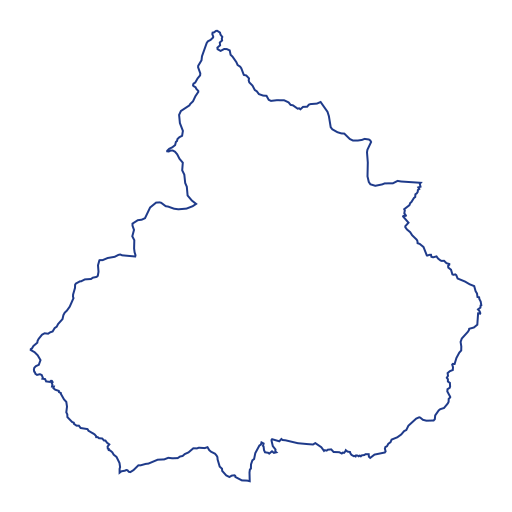 San Cayetano, Cundinamarca, Colombia
{"feature_id": "7082276B62446373339700", "entity_name": "San Cayetano", "entity_type": "district", "adm_level": 2, "iso_a3": "COL", "parent_name": "Colombia", "parent_adm1": "Cundinamarca", "projection": "albers", "projection_center": [-74.103, 5.334], "detail": "fine", "context": "isolated", "style": "outline", "palette": "blue", "viewbox_px": 512, "rotation_deg": 0, "n_neighbors": 0, "source": "geoboundaries", "source_scale": "gbopen_adm2", "svg_char_len": 5982}
<svg xmlns="http://www.w3.org/2000/svg" viewBox="0 0 512 512"><path d="M212.6,32.6L212.3,34.1L213.2,36.5L213.1,37.5L210.6,39.9L207.9,41.3L206.7,43.0L202.0,56.2L201.5,60.3L198.2,65.8L198.1,67.3L200.3,73.4L200.1,75.4L197.6,78.4L195.2,82.6L193.5,83.6L193.0,85.2L193.4,86.0L195.6,87.3L196.2,88.7L198.3,91.0L198.3,91.9L195.4,96.2L193.0,101.3L190.2,104.0L189.4,105.4L180.9,111.0L179.1,114.9L179.9,123.1L182.9,130.9L182.1,135.8L179.4,137.2L177.5,139.0L177.0,141.0L175.9,141.9L175.1,145.1L172.3,147.3L169.2,148.8L167.2,150.8L167.2,151.3L168.7,151.5L170.6,150.6L172.7,150.5L175.0,151.7L177.2,154.3L179.5,158.8L182.8,162.7L182.2,170.3L184.3,174.6L185.2,183.0L186.8,186.7L187.6,195.5L191.8,200.5L196.1,203.9L192.7,206.2L186.5,208.6L178.4,209.3L174.0,208.7L168.2,206.6L165.7,206.2L161.2,202.8L159.6,202.4L156.1,202.6L150.1,207.5L145.0,218.2L141.7,219.7L137.8,220.2L132.5,223.6L132.5,225.7L134.0,229.9L132.3,236.3L134.3,240.2L134.1,248.5L134.6,252.3L135.5,255.2L135.2,256.5L122.1,255.3L120.2,254.5L118.4,254.9L114.7,256.8L107.7,258.0L102.7,260.1L99.8,260.1L99.4,260.3L98.0,265.3L98.5,271.8L97.8,275.8L96.6,276.9L92.8,277.7L91.0,279.0L84.9,279.4L81.1,281.3L80.0,281.3L75.8,283.6L75.1,284.8L75.0,287.9L73.1,294.5L73.0,296.8L73.5,298.1L69.7,306.7L66.9,310.6L64.7,312.7L63.4,315.1L62.5,319.1L58.1,324.0L56.7,326.7L54.7,328.0L52.6,331.5L50.2,332.3L48.1,333.7L44.6,333.3L42.0,334.7L38.7,338.8L37.6,340.8L37.3,342.7L33.4,346.0L32.0,348.4L30.8,349.1L30.7,350.0L34.6,352.2L37.7,355.3L40.5,360.1L38.8,364.8L35.8,366.2L34.3,367.8L33.9,369.5L34.2,371.7L34.9,372.2L35.4,373.8L37.0,374.9L39.9,374.2L41.7,375.0L42.8,377.6L42.4,378.7L45.1,379.1L46.1,381.4L49.8,381.9L51.0,380.8L51.9,380.9L52.6,382.1L51.7,382.9L52.4,384.5L52.0,386.5L53.9,386.5L53.4,388.2L55.2,389.7L58.8,390.9L59.0,392.1L60.9,393.1L60.9,393.9L64.0,399.4L66.3,401.9L67.0,406.6L66.3,412.3L67.3,414.4L67.4,417.1L72.1,422.0L73.8,422.7L74.0,423.9L76.6,425.7L78.9,425.7L80.6,428.0L87.5,429.1L88.5,430.8L94.5,434.3L96.1,436.1L96.2,437.1L97.7,437.1L98.9,438.2L102.2,438.5L104.0,440.5L105.4,440.5L107.0,442.7L109.3,444.4L107.6,446.5L107.8,448.6L108.9,449.1L108.8,450.1L110.2,450.5L112.3,452.3L113.7,454.7L116.5,456.9L119.5,463.0L120.1,467.1L119.6,468.8L119.6,472.7L121.4,471.3L124.9,470.7L126.3,470.0L127.5,470.3L128.8,471.8L130.3,472.1L133.5,470.1L138.4,465.3L140.7,465.3L145.7,463.9L148.4,463.6L157.7,459.7L164.2,459.4L168.3,457.8L172.3,458.3L177.7,458.1L180.1,456.5L182.6,456.0L184.7,454.1L188.5,452.4L193.3,448.3L196.9,448.4L198.9,447.7L204.7,448.1L207.5,447.2L209.2,450.1L211.0,451.7L215.0,453.7L216.6,455.6L217.4,457.1L217.6,459.5L219.7,466.6L222.0,468.7L222.2,470.9L226.2,475.4L229.4,477.0L231.8,475.6L234.5,475.3L235.2,475.8L235.4,477.0L241.9,480.4L247.2,480.6L249.7,481.2L249.5,472.4L249.9,469.5L250.9,468.6L251.0,464.4L252.4,460.3L254.1,459.0L255.3,453.1L259.4,445.5L260.9,444.6L261.5,442.4L263.6,443.5L263.0,445.9L263.6,446.6L264.0,450.1L265.0,452.3L268.2,452.8L269.2,453.6L272.0,451.3L273.9,452.9L276.3,452.3L275.3,451.4L275.5,449.5L272.8,446.1L271.6,441.0L271.5,440.0L272.1,439.2L279.3,441.3L281.4,439.0L282.5,440.0L285.5,440.3L297.8,443.2L307.6,444.1L313.0,444.5L315.3,443.1L321.3,447.2L324.0,450.9L324.7,450.2L326.7,450.6L327.8,449.7L331.2,449.4L333.6,452.0L339.2,452.2L341.8,453.5L342.8,452.6L344.0,452.9L345.4,451.3L345.8,450.2L347.5,451.6L350.0,452.0L350.4,453.4L351.5,454.9L353.9,456.2L354.9,455.9L355.6,456.4L356.1,455.4L357.7,455.6L358.7,456.3L359.8,455.6L360.8,456.3L361.7,455.4L364.4,455.0L365.5,454.2L368.7,454.2L368.9,456.7L370.2,457.9L374.5,454.6L384.8,452.5L385.6,451.4L384.9,448.7L385.4,447.0L387.0,446.2L388.3,443.8L390.5,442.2L391.6,439.6L397.3,437.3L401.2,434.5L404.1,431.1L406.3,430.0L408.4,425.7L416.2,418.6L419.2,417.3L420.2,417.6L422.9,419.8L426.4,420.7L433.6,420.5L434.8,419.2L435.2,415.4L438.7,410.4L440.2,409.2L444.0,408.0L447.8,403.4L448.6,401.8L448.7,398.9L450.2,397.4L450.2,396.8L447.3,391.4L447.5,389.2L449.7,387.8L450.1,386.6L449.9,382.9L447.9,381.5L447.9,379.2L446.8,377.8L448.0,375.8L447.6,373.1L449.8,371.2L452.8,370.0L453.0,367.1L452.2,364.6L452.8,363.9L454.6,364.0L456.4,358.0L459.3,352.6L461.2,350.5L461.3,346.5L460.6,341.9L461.8,338.5L467.8,331.9L468.9,330.2L469.2,328.8L473.9,327.5L477.3,324.7L478.1,313.3L479.2,313.2L480.0,313.7L480.3,313.2L479.7,311.4L478.0,309.4L480.4,307.6L480.6,305.5L481.3,305.2L480.7,301.6L479.4,299.1L479.1,297.3L477.5,297.0L477.0,293.5L475.6,291.2L474.2,286.1L469.7,284.3L464.9,281.5L457.6,278.5L456.3,275.2L455.3,274.4L453.5,274.8L452.4,274.4L451.0,269.7L448.3,267.6L448.1,265.9L449.3,264.7L449.3,264.0L446.5,263.2L444.1,260.8L441.5,260.9L440.4,260.4L438.0,258.5L436.5,256.4L433.1,257.3L431.4,256.8L431.0,254.8L429.7,254.8L427.1,255.6L426.8,255.4L423.5,247.0L419.7,243.9L417.6,243.2L417.4,241.0L416.7,239.7L412.1,235.2L410.2,232.2L406.9,229.4L405.3,227.2L405.3,226.2L408.5,222.7L403.1,216.5L403.4,215.9L405.7,215.9L405.9,215.5L404.3,213.3L404.8,210.5L404.2,209.2L409.4,205.2L410.3,202.9L411.3,202.2L413.9,198.0L415.2,197.0L415.4,194.3L416.8,193.3L417.7,191.9L417.9,190.0L419.3,189.0L418.3,187.4L420.5,186.7L419.8,183.8L420.7,182.8L401.1,181.5L397.6,180.9L392.9,183.3L384.7,183.4L382.2,184.4L375.3,185.8L370.4,184.3L368.8,182.0L367.5,176.4L367.8,162.5L367.0,152.3L367.4,149.8L371.1,142.0L370.3,140.5L368.9,139.5L364.6,138.9L362.0,139.9L358.1,140.5L352.9,140.5L349.8,139.0L344.3,133.6L341.3,133.4L337.4,132.2L332.3,129.3L330.7,127.2L328.9,116.2L327.5,111.8L320.6,102.0L316.9,103.6L310.4,104.1L308.8,104.7L307.2,106.7L303.0,106.9L300.4,109.3L299.1,108.3L297.7,108.7L292.9,105.3L290.6,104.9L288.6,102.4L284.2,100.3L276.8,100.2L271.0,100.9L268.7,99.8L266.5,95.8L263.2,95.6L258.9,94.1L256.8,91.3L254.8,90.0L252.5,85.6L249.3,82.4L248.7,80.4L249.0,78.4L246.3,75.5L243.8,74.9L241.3,68.3L240.2,66.7L237.6,65.0L236.4,62.2L232.5,56.6L230.6,54.8L229.7,50.4L226.8,49.1L224.2,49.0L220.6,50.9L217.6,49.2L217.4,47.6L220.1,45.3L219.8,42.5L222.1,40.5L221.8,38.7L222.3,36.9L220.5,34.6L220.0,32.6L217.2,30.8L216.0,30.9L214.0,32.4L212.6,32.6Z" fill="none" stroke="#1e3a8a" stroke-width="2"/></svg>